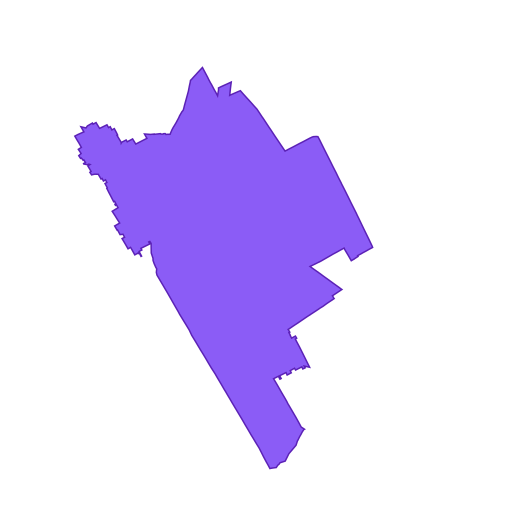 Metepec, México, Mexico, rotated 62°
{"feature_id": "50627088B30760870032876", "entity_name": "Metepec", "entity_type": "district", "adm_level": 2, "iso_a3": "MEX", "parent_name": "Mexico", "parent_adm1": "México", "projection": "mercator", "projection_center": [-99.596, 19.251], "detail": "fine", "context": "isolated", "style": "filled", "palette": "violet", "viewbox_px": 512, "rotation_deg": 62, "n_neighbors": 0, "source": "geoboundaries", "source_scale": "gbopen_adm2", "svg_char_len": 4974}
<svg xmlns="http://www.w3.org/2000/svg" viewBox="0 0 512 512"><g transform="rotate(62 256 256)"><path d="M173.3,366.0L174.4,363.2L177.8,363.3L177.7,366.1L183.6,365.8L189.6,365.6L189.5,362.7L192.4,362.6L198.1,362.5L198.0,358.6L198.6,358.7L198.6,357.7L202.4,357.7L202.4,357.1L197.1,357.1L197.1,354.0L195.2,354.0L195.5,344.1L193.2,344.1L193.3,342.9L195.7,342.7L198.5,344.2L204.2,347.1L209.6,348.0L211.6,349.0L214.8,349.5L219.0,349.8L220.7,349.7L223.7,351.7L226.4,352.4L237.4,351.9L246.6,351.5L249.2,351.4L252.7,351.3L259.5,351.1L262.8,351.0L268.4,350.8L271.7,350.8L278.2,350.4L284.7,350.0L286.5,349.9L290.1,349.7L295.8,350.0L304.3,349.5L312.7,349.1L318.7,348.7L324.7,348.4L327.7,348.3L333.8,348.0L334.3,348.0L335.0,347.9L341.0,347.4L344.5,347.3L353.1,346.9L358.9,346.7L361.8,346.5L364.8,346.4L370.9,346.1L374.0,346.0L380.1,345.7L387.8,345.3L394.0,345.0L400.1,344.8L406.3,344.5L411.8,344.3L414.7,344.1L420.8,343.8L426.9,343.4L432.8,343.5L436.5,343.6L442.3,343.6L446.2,343.5L450.2,343.5L450.5,342.3L451.2,340.3L452.3,337.4L452.0,336.9L451.5,336.0L450.8,334.5L450.7,333.5L449.8,331.8L450.0,331.0L450.8,326.5L446.0,319.8L443.3,313.0L441.9,309.5L438.7,306.2L438.4,305.6L436.0,302.3L434.6,300.0L433.2,298.0L431.7,295.3L431.7,294.5L428.2,296.4L424.3,296.4L417.5,296.5L412.5,296.7L405.0,297.0L401.3,297.2L399.1,297.1L395.4,297.2L388.5,297.5L384.8,297.6L381.6,297.7L378.6,297.8L372.6,298.1L372.7,292.7L376.0,292.7L376.0,291.3L372.8,291.3L372.9,288.9L373.0,284.2L375.7,284.4L375.7,279.7L373.3,279.6L373.2,274.7L375.3,274.6L375.4,267.6L377.7,267.7L377.8,265.1L375.8,265.1L379.4,260.9L365.1,260.5L356.8,260.3L347.8,260.3L347.7,258.7L345.2,258.8L345.2,263.1L342.2,263.1L342.1,262.9L339.1,262.9L339.1,261.9L335.9,262.1L335.9,261.3L335.3,255.9L334.3,246.0L333.6,239.8L332.9,232.0L332.6,228.7L332.2,224.7L332.1,224.2L331.9,220.6L331.2,215.7L330.3,207.0L329.8,207.1L328.7,207.1L327.0,207.2L325.9,195.9L324.7,196.5L323.6,197.0L316.7,200.4L305.5,205.9L302.1,207.5L293.5,211.8L290.6,213.2L291.0,200.8L290.9,198.5L290.6,189.1L290.5,187.3L290.5,184.6L290.5,182.7L290.4,178.3L290.4,177.1L290.4,175.9L290.4,174.5L292.3,174.6L294.6,174.5L298.2,174.3L301.2,174.2L304.9,174.1L304.8,172.1L304.8,170.7L304.7,170.6L304.3,166.1L303.4,166.1L303.4,165.2L303.4,164.3L303.4,161.9L303.3,160.3L303.3,159.0L303.3,156.3L303.2,153.4L303.2,150.6L303.2,149.0L301.6,148.8L299.2,148.7L294.9,148.5L292.0,148.4L285.7,148.2L283.3,148.1L282.7,148.1L270.9,147.6L267.4,147.5L266.0,147.4L262.2,147.3L258.1,147.2L253.2,147.1L251.0,147.0L240.1,146.7L234.7,146.6L232.4,146.6L232.0,146.5L225.1,146.4L220.7,146.2L213.5,146.1L207.0,145.9L197.7,145.7L193.2,145.6L183.0,145.3L180.6,145.3L179.7,145.3L179.2,146.0L178.7,146.8L178.2,147.9L177.6,149.2L177.3,150.7L177.3,150.9L177.3,151.9L177.2,152.9L177.2,155.0L177.2,157.3L177.2,158.8L177.2,159.9L177.2,160.8L177.1,165.0L177.1,171.8L177.0,178.1L177.1,178.3L177.0,179.4L177.0,181.1L170.4,181.8L158.0,183.1L151.5,183.7L148.0,184.1L146.8,184.2L137.4,185.1L136.2,185.3L126.8,186.2L122.9,187.2L117.5,188.5L112.1,189.9L108.5,190.8L107.4,191.1L102.7,192.2L102.5,194.2L101.8,203.1L101.8,203.8L100.8,203.1L97.4,200.8L95.9,199.8L94.5,198.8L94.3,198.7L92.5,197.4L90.8,196.2L90.5,201.2L90.4,202.6L90.1,207.3L90.0,210.2L91.9,211.2L96.5,214.7L95.8,214.7L92.1,214.7L90.2,214.8L89.2,214.8L87.5,214.8L85.8,214.8L85.7,214.8L85.0,214.8L83.3,214.8L82.2,214.9L81.2,214.9L79.7,214.9L79.3,214.9L77.5,214.9L75.8,214.8L72.3,214.8L71.9,214.8L71.3,214.8L69.6,214.8L67.7,214.8L64.4,214.8L64.5,215.1L66.2,220.0L66.9,222.0L67.8,224.4L67.8,224.5L68.6,226.8L69.6,229.5L70.2,231.4L71.8,232.6L74.0,234.5L77.2,237.1L77.8,237.6L78.6,238.2L84.0,243.3L89.2,248.2L89.4,248.4L91.1,249.9L93.0,251.7L93.6,252.9L93.8,253.6L96.5,257.9L97.2,258.7L98.0,259.8L100.2,263.1L100.5,263.5L101.1,264.5L102.5,266.8L103.6,268.7L105.3,271.2L106.9,273.2L108.2,274.7L106.7,277.6L106.4,278.5L105.3,278.7L104.6,280.2L104.7,280.9L104.4,281.5L103.7,282.7L103.1,282.9L102.6,284.2L100.9,288.5L100.6,289.1L100.4,288.9L99.2,291.9L95.9,297.2L100.9,297.1L100.7,309.6L94.7,310.0L94.7,316.1L92.6,316.2L92.5,321.2L93.0,322.0L92.2,321.7L88.2,321.9L84.2,322.1L84.2,321.4L81.8,321.3L77.0,321.3L77.0,324.1L73.4,324.0L73.4,325.9L70.2,326.0L69.9,334.2L63.1,334.6L63.1,338.0L61.8,338.0L62.0,343.8L62.7,345.2L63.1,346.0L59.7,349.9L65.6,349.7L65.1,356.4L65.1,359.4L65.1,359.7L70.0,359.5L73.1,359.3L78.1,359.2L78.4,362.8L83.4,362.3L84.2,365.4L87.5,365.1L87.6,364.2L90.3,363.7L90.3,362.9L93.4,362.7L93.4,364.8L94.1,364.8L94.4,364.2L96.2,362.1L96.4,360.5L97.3,359.6L97.4,360.9L97.7,362.2L103.9,361.9L104.1,363.4L107.2,363.1L107.6,361.5L108.1,359.9L109.7,357.1L109.8,356.9L115.3,356.7L115.3,355.5L118.2,355.5L118.1,353.1L121.1,353.2L121.1,355.3L122.3,355.3L123.7,355.3L126.0,355.3L126.2,356.0L128.1,356.0L130.4,356.1L133.6,356.1L141.3,356.2L141.3,355.2L144.0,355.2L144.1,356.3L145.3,356.3L145.2,355.2L148.6,355.1L149.0,362.0L154.7,361.5L158.0,361.3L162.9,360.9L163.1,366.7L168.0,366.5L168.0,366.0L173.3,366.0Z" fill="#8b5cf6" stroke="#5b21b6" stroke-width="1.5"/></g></svg>